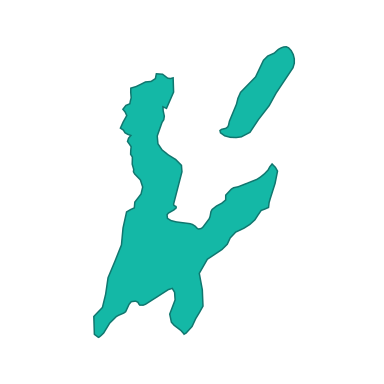 SVG path tracing the border of Ouest, rotated 99°
{"feature_id": "HTI-1388", "entity_name": "Ouest", "entity_type": "Department", "adm_level": 1, "iso_a3": "HTI", "parent_name": "Haiti", "parent_adm1": "", "projection": "robinson", "projection_center": [-72.52, 18.618], "detail": "fine", "context": "isolated", "style": "filled", "palette": "teal", "viewbox_px": 384, "rotation_deg": 99, "n_neighbors": 0, "source": "natural_earth", "source_scale": "10m", "svg_char_len": 2454}
<svg xmlns="http://www.w3.org/2000/svg" viewBox="0 0 384 384"><g transform="rotate(99 192 192)"><path d="M333.7,177.6L333.2,178.0L330.5,181.3L326.4,188.9L323.8,192.0L316.1,194.9L301.2,191.8L293.8,193.5L290.3,196.4L292.1,200.1L310.1,220.3L311.4,222.5L311.9,225.9L310.8,227.1L309.4,228.1L308.6,230.6L309.8,234.8L312.8,236.6L320.6,238.8L322.2,240.4L325.3,245.3L326.9,247.3L334.4,252.8L345.1,257.2L347.9,259.3L349.8,261.0L350.2,261.7L347.9,266.1L347.7,266.2L330.3,269.5L320.0,262.4L306.5,261.3L289.8,261.5L272.6,257.3L255.3,253.4L238.3,254.5L221.9,253.5L219.1,250.1L216.7,246.5L210.9,246.9L207.1,244.8L201.9,242.0L194.8,241.5L188.1,244.9L183.2,251.4L181.2,253.0L178.8,253.1L173.9,255.4L169.3,256.0L166.7,256.4L164.4,258.5L160.6,259.0L156.8,259.2L154.4,261.4L152.2,263.6L148.8,263.1L145.7,261.2L145.1,264.5L144.0,267.4L141.6,269.5L140.1,272.7L133.5,270.9L126.7,268.4L123.4,270.6L121.1,273.2L116.8,270.8L114.6,267.2L111.6,267.1L108.5,266.8L103.2,268.1L99.0,268.7L96.6,263.7L93.7,259.5L90.6,255.2L89.2,249.7L85.7,245.9L80.8,245.7L80.3,239.5L83.4,233.8L83.3,231.0L82.2,228.5L96.2,225.8L113.4,230.3L112.4,234.0L116.2,233.2L121.5,231.2L125.0,231.2L127.9,232.5L142.1,235.1L149.7,233.2L155.1,228.2L159.1,221.2L162.5,213.1L167.3,206.6L173.6,205.1L206.8,208.3L208.0,207.8L208.5,206.7L208.8,205.6L209.5,205.2L210.8,205.4L211.3,206.0L211.7,206.6L212.4,206.9L216.5,212.0L218.4,213.1L221.9,212.1L223.5,208.3L224.0,202.9L223.6,189.0L224.0,186.4L225.4,183.3L226.9,181.5L227.6,179.8L226.5,177.0L224.8,175.6L215.7,170.8L213.2,170.3L208.4,170.2L206.1,169.4L202.0,165.6L198.4,160.8L194.6,157.5L189.8,158.2L183.0,153.6L181.3,151.6L179.6,147.2L169.4,129.9L166.6,126.8L162.6,123.2L158.4,120.3L155.0,119.1L151.8,117.3L154.6,113.5L158.0,110.8L170.6,111.3L185.7,113.6L190.3,114.2L195.3,114.0L197.4,117.3L199.4,120.8L204.4,123.2L209.6,125.5L215.0,129.8L219.6,135.0L224.8,142.6L231.4,147.1L238.1,149.0L244.1,153.4L256.0,166.3L271.2,172.1L287.0,166.5L303.0,163.3L309.8,165.8L316.4,168.5L324.8,170.9L332.3,175.8L333.6,177.5L333.7,177.6ZM41.9,132.4L38.2,129.5L37.2,128.5L35.7,126.5L34.4,124.1L33.8,121.6L34.5,119.1L36.9,116.1L40.4,113.5L44.5,111.8L48.8,111.1L53.5,111.7L81.1,124.4L94.7,129.3L109.8,137.6L124.0,144.1L129.8,151.9L131.3,156.9L132.0,162.8L131.4,168.5L129.1,173.1L126.9,174.0L125.5,172.6L123.8,168.5L122.1,166.9L120.5,166.4L116.1,166.1L98.3,161.8L92.3,161.3L85.9,159.6L68.4,147.2L50.7,142.0L45.9,138.5L41.9,132.4Z" fill="#14b8a6" stroke="#0f766e" stroke-width="1.5"/></g></svg>